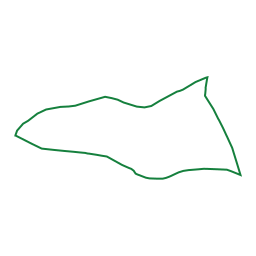 Al Lait, North Darfur, Sudan (Mercator projection)
{"feature_id": "16777658B5363831702357", "entity_name": "Al Lait", "entity_type": "district", "adm_level": 2, "iso_a3": "SDN", "parent_name": "Sudan", "parent_adm1": "North Darfur", "projection": "mercator", "projection_center": [26.82, 11.965], "detail": "fine", "context": "isolated", "style": "outline", "palette": "green", "viewbox_px": 256, "rotation_deg": 0, "n_neighbors": 0, "source": "geoboundaries", "source_scale": "gbopen_adm2", "svg_char_len": 1506}
<svg xmlns="http://www.w3.org/2000/svg" viewBox="0 0 256 256"><path d="M145.9,177.7L149.5,178.4L157.9,178.7L162.4,178.7L163.0,178.6L166.0,177.9L169.0,176.8L170.9,176.0L173.4,174.8L176.6,173.3L178.8,172.3L180.1,171.9L183.3,170.9L188.6,170.1L192.4,169.8L198.4,169.3L203.8,168.8L207.8,168.9L218.1,169.3L226.9,169.7L231.1,171.2L240.5,175.0L237.1,163.8L234.1,154.1L233.6,152.5L232.4,148.5L232.0,147.4L231.6,146.6L229.3,141.6L227.3,137.2L226.8,136.1L226.7,136.0L223.1,128.2L219.1,120.3L218.7,119.6L218.2,118.8L213.3,108.9L211.7,106.4L208.4,101.2L205.0,95.8L205.1,94.6L205.1,94.4L205.2,94.2L205.7,88.8L205.6,88.0L205.6,87.6L205.7,87.2L205.8,86.6L206.4,82.9L207.2,78.2L207.3,77.8L207.4,77.3L206.6,77.5L205.6,77.8L195.6,82.0L183.0,89.6L179.8,90.9L177.0,91.6L159.5,101.0L151.3,106.0L144.5,107.4L136.8,106.6L123.6,102.5L117.7,99.7L111.6,98.1L105.1,96.8L88.9,101.4L75.3,105.7L68.7,106.5L60.5,106.9L46.1,109.5L37.4,113.6L28.1,120.8L23.1,123.7L17.1,130.6L15.4,135.4L15.4,135.5L15.5,135.5L32.0,143.9L41.7,148.6L54.7,150.0L64.8,151.0L73.7,151.8L79.4,152.4L84.8,152.9L85.1,152.9L87.1,153.4L87.6,153.5L88.1,153.6L88.9,153.6L89.5,153.7L90.1,153.8L96.6,154.8L101.6,155.7L106.8,156.5L110.1,158.3L114.6,160.8L120.7,164.2L121.8,164.8L122.2,165.0L125.8,166.6L128.1,167.6L129.0,168.0L131.1,168.8L131.5,169.0L132.2,169.6L133.7,170.7L134.4,171.8L134.5,172.0L135.3,173.1L135.6,173.6L136.6,174.1L136.8,174.2L138.0,174.7L139.7,175.3L140.0,175.4L140.4,175.6L145.9,177.7L145.9,177.7Z" fill="none" stroke="#15803d" stroke-width="2"/></svg>